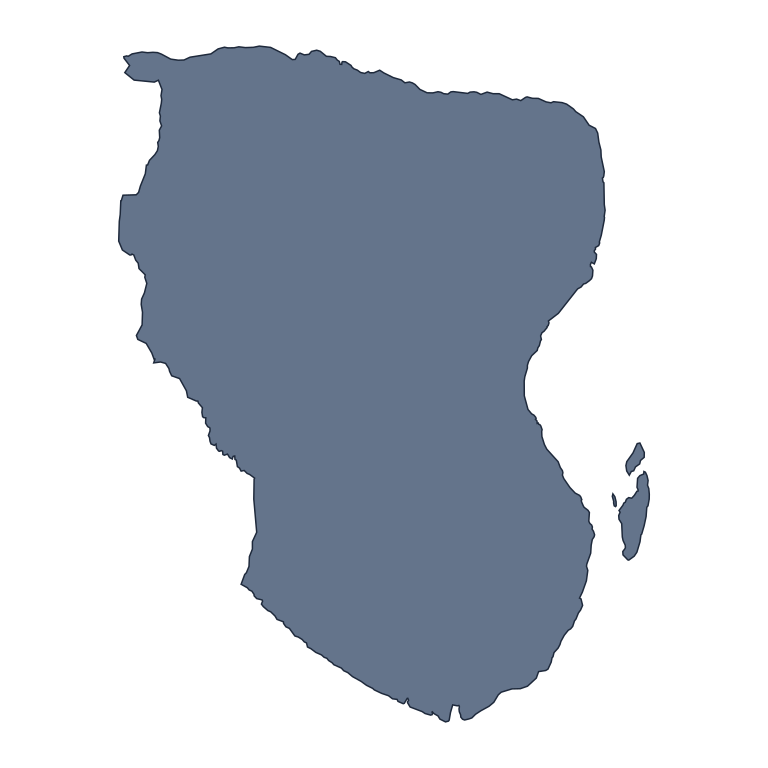 East Malo, Sanma, Vanuatu (Equal Earth projection)
{"feature_id": "77236927B67571127096265", "entity_name": "East Malo", "entity_type": "district", "adm_level": 2, "iso_a3": "VUT", "parent_name": "Vanuatu", "parent_adm1": "Sanma", "projection": "equal_earth", "projection_center": [167.207, -15.69], "detail": "fine", "context": "isolated", "style": "filled", "palette": "slate", "viewbox_px": 768, "rotation_deg": 0, "n_neighbors": 0, "source": "geoboundaries", "source_scale": "gbopen_adm2", "svg_char_len": 6043}
<svg xmlns="http://www.w3.org/2000/svg" viewBox="0 0 768 768"><path d="M241.1,584.3L247.4,587.8L249.1,589.9L251.9,591.2L254.1,594.5L254.1,595.8L256.7,598.6L262.0,599.9L262.6,601.1L261.4,604.1L263.3,606.6L267.9,610.6L270.7,611.8L275.0,616.0L277.0,619.4L283.4,621.8L283.6,623.5L285.9,626.8L289.4,628.4L294.9,636.0L298.2,637.0L302.2,639.5L304.3,641.9L306.5,642.9L307.5,647.0L310.9,648.7L315.8,652.4L321.5,654.9L324.1,657.3L326.9,658.3L328.6,660.5L332.2,662.8L333.8,664.7L341.4,668.1L343.7,670.7L347.8,672.6L352.5,676.6L360.8,681.2L366.5,685.3L372.7,688.4L374.3,689.9L381.7,693.4L388.5,695.7L392.5,698.8L397.1,699.4L398.0,701.4L403.2,703.7L404.3,703.3L407.2,698.4L407.8,698.3L408.6,700.2L407.5,701.9L407.6,702.8L410.1,707.0L422.2,711.6L425.0,713.5L430.6,715.1L432.1,714.7L432.6,713.2L432.0,712.1L432.3,711.8L434.1,713.7L438.0,715.9L439.9,719.1L445.5,721.9L448.5,721.1L449.2,720.1L450.5,712.5L452.7,704.9L457.2,705.8L458.9,705.5L459.4,706.9L459.0,708.9L459.3,711.8L460.6,714.8L460.8,717.1L462.5,719.2L464.6,720.0L469.1,718.9L471.9,717.9L475.5,714.3L480.8,710.8L489.0,706.3L493.8,702.3L498.3,694.8L501.2,692.2L512.0,688.9L520.3,688.7L527.5,686.2L536.3,678.1L538.6,671.6L545.7,670.5L548.0,669.1L551.2,662.1L552.0,657.9L553.0,656.7L554.0,652.6L558.1,648.1L560.0,644.5L560.9,641.4L564.3,635.2L568.3,630.2L570.6,628.9L572.7,626.4L574.5,620.9L576.0,619.0L578.4,613.0L580.6,610.0L582.6,605.4L581.0,598.9L579.5,598.1L582.4,592.1L586.4,580.8L587.8,570.4L586.5,566.3L586.8,564.1L590.7,553.2L591.2,545.2L592.3,539.5L594.1,536.8L594.6,534.8L593.5,531.3L592.1,529.1L592.4,527.0L591.7,525.1L589.8,523.4L588.8,521.2L589.4,512.5L588.0,510.3L584.1,507.3L583.2,505.7L581.5,501.7L581.3,500.3L581.8,499.7L580.8,497.0L579.6,495.4L575.2,493.1L569.9,487.5L563.8,478.6L562.4,475.1L562.9,472.7L562.4,470.6L560.3,467.5L558.1,461.7L546.8,449.2L544.4,444.5L541.9,436.5L541.7,431.5L542.1,429.6L540.8,425.9L539.8,424.6L538.6,424.2L538.2,423.0L537.2,423.4L537.0,421.0L535.5,419.3L536.1,418.7L535.8,417.4L534.0,415.2L531.6,413.8L528.0,409.5L524.3,395.8L524.2,381.1L524.8,376.8L527.4,368.1L527.4,365.3L528.6,361.4L531.7,355.7L537.2,350.5L537.9,347.7L539.3,345.7L540.5,340.9L541.4,339.6L540.6,335.9L542.0,332.7L544.0,331.3L547.1,327.5L547.0,326.7L548.2,325.5L549.0,322.9L548.4,321.0L558.4,313.3L577.6,288.9L581.1,287.0L583.5,284.0L585.7,283.4L589.4,280.7L591.5,278.7L592.5,276.0L592.9,270.2L591.4,266.9L590.5,266.6L590.4,264.4L591.4,262.3L594.3,263.9L596.3,258.7L596.5,254.4L594.3,252.0L594.3,250.7L595.5,249.2L595.4,247.5L598.7,245.6L599.7,242.9L599.3,242.1L601.3,235.2L604.2,220.4L604.5,217.5L604.2,216.5L605.1,210.2L604.3,204.6L603.9,182.8L603.0,181.8L602.4,178.1L603.3,177.4L603.8,175.9L604.3,171.6L601.2,156.9L600.9,150.0L598.9,142.1L597.7,133.1L595.5,128.5L589.1,125.2L583.4,116.8L575.7,111.6L573.5,109.0L566.6,104.1L562.1,102.6L553.5,101.7L551.0,102.8L546.1,101.9L538.3,98.4L532.4,98.3L527.1,96.9L525.5,97.4L520.8,100.6L516.6,99.1L512.4,99.8L499.2,93.7L493.1,93.7L487.1,92.1L480.9,94.4L476.8,92.3L474.0,91.8L470.1,92.1L467.8,93.4L453.2,91.6L450.8,91.9L447.8,94.1L443.7,93.7L441.0,92.3L438.0,91.7L432.9,92.9L427.1,92.8L419.9,89.4L415.1,84.5L412.4,82.9L409.5,82.0L404.9,82.8L401.2,79.9L393.3,77.6L383.8,72.9L379.7,70.2L373.8,72.7L369.9,72.8L368.3,71.5L364.8,73.4L360.6,72.5L357.3,70.1L353.9,68.8L352.0,67.1L351.0,65.4L345.5,61.8L342.6,61.6L342.0,62.1L341.7,64.4L340.0,64.3L339.3,61.4L337.3,60.1L335.4,57.7L330.5,56.5L326.4,56.3L320.3,51.3L316.7,50.2L311.5,51.4L309.0,54.3L304.3,54.9L300.0,53.1L298.0,54.3L295.2,59.4L292.3,59.6L285.4,54.7L270.6,47.4L259.3,46.1L253.5,47.3L245.4,47.6L238.8,46.8L234.1,47.8L227.8,47.9L224.5,47.2L218.1,48.9L210.9,53.9L190.0,57.2L184.0,60.0L178.3,60.2L170.7,59.1L161.4,54.1L157.5,52.6L152.9,52.3L147.6,52.7L142.0,52.0L132.1,53.9L128.2,56.3L126.7,55.9L123.8,56.7L124.0,58.2L129.6,65.5L124.8,72.6L134.1,80.1L154.3,82.1L158.4,80.2L162.0,89.5L161.0,95.7L161.7,99.4L161.3,103.3L159.4,112.8L160.4,116.0L159.9,120.9L161.6,125.9L159.3,130.2L159.7,137.7L158.9,140.7L157.7,142.4L158.3,146.4L157.4,150.7L154.8,154.7L149.5,160.3L147.6,165.0L146.4,165.1L145.3,173.8L140.4,186.0L138.6,192.4L136.2,194.8L123.0,195.2L121.3,200.7L120.8,200.8L120.2,214.6L119.3,221.2L118.7,241.1L122.4,250.0L129.8,255.0L131.0,255.0L132.0,254.1L133.8,255.0L135.7,260.1L138.2,263.2L139.0,268.6L145.2,274.8L144.8,277.3L146.8,283.4L144.4,292.9L141.6,299.1L141.2,304.4L142.5,312.2L142.1,324.9L136.4,335.5L137.8,339.4L146.2,343.4L151.8,353.0L154.3,359.8L155.2,358.4L153.7,362.9L160.5,362.0L165.6,363.4L168.9,368.5L169.6,371.4L171.7,375.8L179.6,378.6L186.4,390.8L187.7,397.3L196.2,401.0L197.9,401.1L198.4,403.0L202.4,407.7L201.9,412.4L202.6,416.7L203.9,417.7L205.8,417.8L205.6,423.2L207.7,426.6L209.7,427.7L210.0,428.6L210.0,431.0L208.4,435.5L209.5,437.6L210.0,441.2L211.0,443.9L214.3,445.4L216.0,444.1L216.5,448.2L218.6,451.0L219.7,451.3L221.1,450.6L222.6,451.2L222.9,454.5L224.3,455.2L227.5,454.1L229.6,457.6L232.3,459.0L233.1,456.4L234.7,456.0L235.0,459.4L236.3,460.2L237.4,466.6L239.5,468.1L241.1,471.1L244.2,470.5L247.1,473.4L249.7,474.5L254.6,478.1L254.1,479.3L253.8,499.1L256.7,532.3L252.4,541.6L252.4,549.1L249.4,556.6L249.0,566.4L246.4,572.7L244.7,574.5L241.1,584.3ZM620.1,512.2L618.7,515.5L619.0,519.3L621.7,523.6L622.3,537.0L623.1,540.6L625.2,545.1L625.4,547.5L625.0,548.6L622.8,551.5L623.0,554.9L627.8,559.9L628.8,560.1L634.2,556.2L636.9,552.2L640.0,541.8L640.9,534.9L641.7,534.1L644.1,525.9L646.1,516.6L646.8,507.3L648.0,505.8L649.2,499.1L649.3,494.3L648.8,488.6L647.5,485.2L648.1,480.5L647.0,475.7L645.4,472.2L643.9,471.5L643.7,474.0L639.9,475.6L637.6,478.3L637.0,487.3L638.1,489.8L638.1,491.0L636.9,491.3L634.3,495.4L631.7,498.2L628.7,497.6L626.4,499.3L625.3,502.2L623.8,503.1L622.9,505.3L619.0,510.5L620.1,512.2ZM629.3,475.2L631.3,471.5L633.7,470.8L635.5,466.9L639.7,463.9L640.5,460.5L644.2,457.3L644.3,452.4L639.9,443.0L637.2,443.6L633.0,452.9L626.8,461.6L625.9,465.6L626.7,471.0L629.3,475.2ZM612.9,493.9L612.3,496.3L613.7,501.4L613.6,503.0L614.2,505.8L615.5,506.6L616.2,505.8L616.1,501.7L614.9,496.8L612.9,493.9Z" fill="#64748b" stroke="#1e293b" stroke-width="1.5"/></svg>